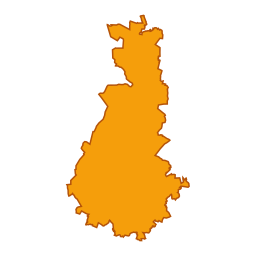 Tolú Viejo, Sucre, Colombia (Robinson projection)
{"feature_id": "7082276B69726867253152", "entity_name": "Tolú Viejo", "entity_type": "district", "adm_level": 2, "iso_a3": "COL", "parent_name": "Colombia", "parent_adm1": "Sucre", "projection": "robinson", "projection_center": [-75.432, 9.51], "detail": "fine", "context": "isolated", "style": "filled", "palette": "amber", "viewbox_px": 256, "rotation_deg": 0, "n_neighbors": 0, "source": "geoboundaries", "source_scale": "gbopen_adm2", "svg_char_len": 5877}
<svg xmlns="http://www.w3.org/2000/svg" viewBox="0 0 256 256"><path d="M161.6,30.2L160.3,29.5L159.6,30.0L158.3,28.4L157.6,29.2L156.5,27.9L154.9,27.7L153.9,28.4L153.0,28.2L152.9,28.9L153.7,28.9L153.6,29.3L152.1,30.5L150.9,31.2L150.4,31.3L150.4,31.1L150.7,29.7L150.3,29.5L149.9,29.8L149.7,30.7L149.3,30.9L147.9,30.7L146.8,31.2L146.0,30.9L145.3,31.4L144.7,31.4L142.8,32.1L142.1,32.9L141.9,34.6L141.0,34.3L139.9,34.4L139.4,33.9L139.9,32.7L141.1,32.1L141.8,29.1L144.4,29.0L145.0,26.8L144.4,25.6L144.5,25.1L144.9,25.0L145.6,25.2L146.7,24.5L146.7,24.0L146.1,22.8L146.1,21.7L145.6,21.0L145.5,20.4L144.1,16.8L144.1,15.8L143.6,15.4L140.5,16.0L140.3,16.2L141.2,18.0L141.7,20.5L142.8,23.0L137.9,23.1L137.5,22.7L136.6,23.3L130.3,21.1L129.7,22.6L129.9,24.2L129.7,25.7L129.7,29.6L119.8,24.3L118.1,24.2L116.6,25.0L111.4,24.8L112.0,25.5L111.0,26.0L110.2,26.0L109.4,25.9L107.8,24.7L107.3,24.6L107.3,25.1L110.7,36.7L117.4,40.7L119.9,37.2L123.1,38.8L123.5,40.0L122.9,48.1L116.4,48.2L115.5,48.0L112.5,49.8L112.8,58.0L114.8,59.6L114.9,59.9L114.6,62.0L114.7,62.6L116.6,64.0L116.4,64.5L115.6,65.3L115.5,65.9L118.1,66.0L119.7,67.1L121.2,67.3L123.5,69.4L125.0,71.8L124.7,73.9L126.1,76.3L126.4,77.3L126.3,78.2L126.5,79.0L130.0,81.9L131.8,82.8L132.3,83.4L132.7,84.8L132.3,85.1L131.3,86.5L130.9,86.7L130.1,86.6L129.0,86.0L127.5,84.4L125.5,83.9L124.8,83.9L123.4,84.5L121.4,84.6L118.7,84.3L116.7,85.1L108.2,85.2L107.8,85.4L107.0,86.4L104.8,91.3L103.6,92.9L102.5,93.3L100.3,93.2L99.5,93.6L98.8,94.3L101.8,98.1L107.8,106.4L105.2,111.9L104.6,115.5L103.1,119.3L98.9,123.0L96.4,126.3L96.1,127.5L94.2,131.6L93.0,131.6L89.9,144.2L86.6,141.9L84.8,141.6L83.4,142.8L82.8,144.2L83.0,145.0L81.6,147.3L81.3,148.4L82.8,150.4L84.7,152.3L83.6,153.8L84.1,154.6L79.8,159.4L76.0,165.8L76.0,169.3L75.0,169.6L75.4,174.1L76.2,175.0L70.8,180.4L70.8,184.3L66.9,184.7L67.5,185.8L67.5,188.0L68.1,190.0L68.2,193.8L68.8,196.0L69.6,195.8L72.2,194.0L72.6,193.5L73.2,194.7L74.1,195.2L74.8,196.9L76.2,198.5L77.1,199.0L81.4,206.4L78.2,207.0L77.1,207.6L76.0,209.4L76.3,211.5L76.2,212.9L79.7,214.0L81.6,211.0L85.9,213.4L87.5,214.1L88.8,214.3L87.3,215.9L87.4,216.2L88.0,215.7L88.5,216.5L87.2,219.9L87.5,220.0L87.0,221.6L87.6,221.9L87.5,222.3L86.8,222.2L85.8,224.4L86.1,224.9L86.8,224.4L88.3,224.7L90.2,224.1L91.0,224.7L92.3,224.5L92.6,224.7L92.7,225.2L92.5,225.7L96.7,227.5L98.4,222.8L101.7,224.7L102.4,225.5L103.2,225.9L103.7,225.9L104.1,225.8L104.9,225.0L106.1,224.6L108.7,222.6L109.1,221.0L109.6,220.2L110.3,220.8L110.7,221.7L112.6,223.5L113.0,224.2L113.4,228.6L112.7,228.6L112.6,229.1L112.8,229.9L113.2,229.9L113.6,231.4L114.6,231.3L114.3,230.9L114.5,230.7L114.8,231.6L114.7,232.5L115.1,234.4L114.3,235.2L114.4,235.3L115.2,234.8L116.1,236.0L118.9,234.9L119.7,234.8L120.3,235.3L120.5,236.5L122.1,236.7L122.6,236.2L123.4,236.9L123.5,236.5L124.1,236.2L124.9,235.2L128.3,235.9L129.0,235.7L129.4,235.4L130.0,233.8L131.6,232.7L132.5,232.6L133.6,232.1L135.1,232.5L136.0,232.2L136.6,232.3L136.9,232.4L136.8,232.7L137.0,232.9L136.9,233.5L136.5,233.5L136.6,234.0L137.4,234.5L137.2,235.3L137.5,235.4L136.3,238.7L137.6,239.2L137.6,239.5L138.9,239.7L139.9,240.6L141.6,240.6L141.2,238.7L144.2,238.6L144.5,239.0L145.6,238.5L145.1,237.7L144.8,236.1L144.2,234.2L143.0,232.6L144.9,232.8L146.7,232.5L148.1,232.9L148.8,232.8L150.3,230.8L150.1,230.1L150.3,230.0L150.0,229.0L151.1,228.5L151.1,227.9L152.0,227.6L152.4,226.2L153.0,225.8L153.4,226.7L154.0,226.9L154.8,226.6L155.2,226.2L155.1,225.8L156.0,224.4L153.3,221.9L154.8,220.2L155.1,220.1L155.8,221.2L156.9,221.2L158.0,221.8L159.0,220.6L160.8,221.7L161.9,222.1L162.5,219.6L163.7,217.6L166.4,218.0L169.2,217.1L170.6,216.3L168.8,212.7L167.4,211.3L166.6,210.8L166.7,208.1L166.4,207.6L166.8,207.5L166.8,207.3L166.2,206.7L166.2,206.0L166.0,205.9L165.7,206.2L165.5,205.7L165.0,205.4L164.8,205.1L165.1,204.3L166.3,203.6L166.3,203.2L166.0,203.2L165.8,201.8L166.8,201.5L167.1,201.0L166.4,200.0L166.3,198.8L167.0,198.4L167.3,197.6L169.6,196.2L169.9,195.4L171.2,194.3L171.6,194.8L171.6,195.5L171.8,196.0L171.8,197.8L172.0,198.7L172.7,199.0L174.1,198.7L174.9,199.0L175.4,199.9L176.7,198.3L178.6,197.5L179.4,196.1L179.2,194.5L178.6,193.2L177.6,192.5L178.2,192.1L178.4,191.5L178.4,189.6L180.5,189.0L180.7,188.5L180.6,188.1L181.1,188.1L181.2,187.6L181.0,187.2L179.9,187.3L180.7,186.3L181.7,186.2L188.1,187.2L189.1,186.3L188.8,183.6L188.3,182.8L186.4,181.3L186.1,180.6L186.0,179.9L186.5,179.7L186.2,179.0L186.3,178.4L186.1,178.1L184.6,179.8L182.9,177.6L182.9,178.9L183.5,181.9L181.2,183.4L179.7,177.9L175.0,178.1L175.2,174.8L175.0,174.7L174.2,174.4L171.5,174.6L171.4,173.9L166.6,176.5L165.8,175.6L165.5,174.3L166.4,173.2L166.1,172.9L166.5,172.5L166.8,172.8L170.0,169.7L169.5,169.3L169.1,168.1L169.9,167.4L170.3,168.1L171.0,167.1L170.6,166.6L170.6,165.5L169.5,164.7L168.8,163.8L168.6,162.4L168.1,161.6L165.0,160.4L162.4,160.2L161.7,159.0L160.3,158.3L158.7,156.9L155.1,155.5L160.2,148.8L164.6,143.9L166.6,142.8L169.1,141.0L169.9,140.2L168.8,139.3L167.0,138.6L163.5,136.3L162.5,136.3L162.3,135.9L162.5,135.3L162.2,135.1L161.1,134.8L160.5,134.8L159.9,135.2L158.2,135.0L158.0,133.6L157.5,132.7L159.4,130.1L161.4,128.3L161.9,126.5L162.3,123.0L165.0,122.4L165.6,120.2L165.2,118.0L164.4,116.5L164.6,115.8L165.3,115.5L164.9,114.4L157.7,108.6L158.5,105.0L163.5,104.1L167.3,104.0L167.3,100.8L168.1,98.9L167.4,96.0L167.8,93.0L167.5,91.1L167.5,89.3L167.3,89.1L168.2,87.5L167.0,85.7L166.4,85.7L166.0,85.3L165.2,85.2L165.6,84.7L165.6,84.1L163.9,83.7L162.4,83.7L163.1,81.0L161.4,81.4L160.3,80.4L160.6,79.5L160.4,78.7L160.6,76.5L160.4,75.9L161.9,71.1L161.9,70.6L157.9,68.7L159.4,62.5L159.1,62.4L159.1,62.0L159.3,61.8L159.6,61.8L160.0,60.6L159.7,60.0L159.1,60.0L159.0,60.3L158.4,60.2L158.4,59.5L158.2,59.3L158.4,58.4L158.1,58.2L158.4,57.6L158.3,57.2L158.6,57.2L158.6,56.2L160.0,56.2L159.9,52.7L160.0,47.7L155.3,44.5L159.9,38.3L162.5,38.6L162.8,34.9L162.1,33.4L162.1,30.9L161.6,30.2Z" fill="#f59e0b" stroke="#b45309" stroke-width="1.5"/></svg>